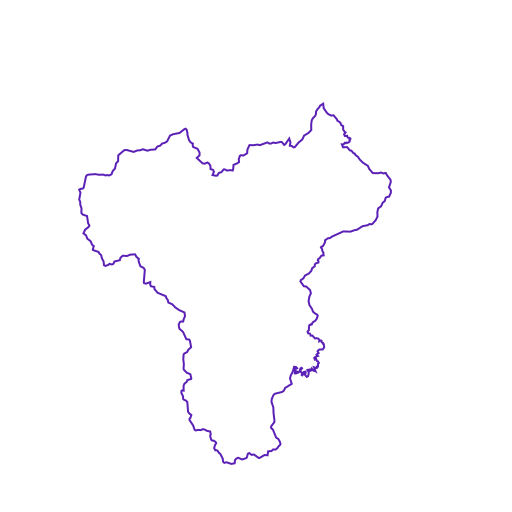 Chaloem Phra Kiat, Nan, Thailand (Mercator projection), rotated 233°
{"feature_id": "78962969B24937809655740", "entity_name": "Chaloem Phra Kiat", "entity_type": "district", "adm_level": 2, "iso_a3": "THA", "parent_name": "Thailand", "parent_adm1": "Nan", "projection": "mercator", "projection_center": [101.099, 19.489], "detail": "fine", "context": "isolated", "style": "outline", "palette": "violet", "viewbox_px": 512, "rotation_deg": 233, "n_neighbors": 0, "source": "geoboundaries", "source_scale": "gbopen_adm2", "svg_char_len": 6149}
<svg xmlns="http://www.w3.org/2000/svg" viewBox="0 0 512 512"><g transform="rotate(233 256 256)"><path d="M337.2,401.3L337.5,397.6L336.8,396.4L336.2,393.4L335.2,390.8L333.5,389.5L332.3,387.7L331.8,384.3L330.7,382.0L327.8,379.2L323.3,375.9L322.7,371.9L323.2,366.8L321.2,363.1L321.0,358.4L319.6,352.4L320.2,351.3L322.1,350.9L323.8,349.4L325.9,351.8L329.8,353.2L327.7,347.0L327.7,345.4L331.4,345.2L332.1,344.7L334.5,339.5L336.2,338.1L336.9,335.3L338.0,334.2L339.9,333.4L342.2,325.8L344.2,324.1L345.9,320.8L348.5,317.5L346.1,313.1L343.4,310.8L343.8,306.4L345.6,304.6L345.7,303.4L343.6,300.4L341.2,299.0L341.3,297.0L342.3,292.9L339.4,290.3L338.3,288.8L339.9,287.3L341.8,284.2L343.8,283.3L344.6,282.4L343.8,278.8L344.7,276.3L343.5,273.5L344.4,272.1L346.8,270.0L348.6,273.1L350.7,273.5L352.8,272.0L355.5,273.9L358.2,274.1L359.9,273.5L360.6,270.6L362.1,269.1L370.0,267.7L370.3,271.4L372.6,273.2L376.8,273.8L380.9,271.4L382.6,272.1L383.7,273.2L386.1,272.2L388.8,272.2L394.3,274.3L395.2,275.1L398.5,276.6L400.0,276.4L400.4,275.2L400.3,268.9L403.1,263.2L403.9,259.8L401.0,253.9L401.2,251.6L402.3,248.7L401.8,245.8L402.8,243.1L401.7,239.7L404.5,235.4L405.4,232.7L409.4,229.8L410.0,227.4L411.8,224.6L412.7,221.0L418.5,216.5L419.8,214.5L419.3,206.6L414.7,202.9L414.2,200.0L410.7,196.0L410.1,192.8L408.2,189.7L408.7,187.2L410.3,185.7L410.9,184.3L412.9,183.0L415.2,179.7L418.1,176.9L421.8,171.2L422.3,169.7L421.9,168.2L414.3,159.5L414.1,158.2L415.2,156.3L415.4,154.7L412.2,153.9L407.4,148.7L405.2,148.3L402.7,146.5L399.0,145.3L395.6,142.5L393.5,142.5L389.6,145.1L383.1,141.6L380.6,141.3L379.9,139.7L379.9,135.5L377.9,131.8L374.7,132.7L371.4,131.7L367.5,132.8L363.4,131.9L361.5,132.4L359.5,129.6L358.9,129.4L354.0,132.7L352.1,132.4L350.1,132.9L346.7,131.5L343.4,131.0L340.2,129.1L338.8,129.6L337.8,132.5L337.9,134.4L336.5,135.2L335.6,136.7L335.7,137.6L336.8,139.7L334.6,144.7L336.2,146.8L336.4,149.8L333.6,153.0L332.7,156.5L330.1,160.4L327.1,160.0L324.2,160.7L323.8,159.9L321.6,158.8L317.4,157.5L314.1,159.1L311.9,158.9L302.7,150.7L301.7,150.3L300.1,151.5L298.8,155.9L296.7,154.2L295.0,153.9L292.5,156.1L290.6,155.0L285.8,155.3L278.1,159.8L276.4,159.1L274.1,159.1L271.6,158.0L267.8,160.1L263.5,160.6L259.0,162.1L253.9,164.9L250.7,163.1L248.8,159.8L247.8,158.9L247.5,158.2L248.8,156.8L249.0,155.3L247.7,153.0L245.7,151.8L244.0,151.1L239.1,152.0L231.5,150.3L229.5,152.3L228.2,152.3L222.2,149.3L221.9,145.7L220.7,143.0L221.3,140.2L220.8,138.8L217.3,135.8L212.9,133.2L209.6,130.3L208.6,130.0L204.6,130.4L201.1,132.4L197.4,130.8L196.8,130.2L198.2,126.5L197.2,124.9L197.1,122.0L195.9,120.0L192.0,117.2L193.1,116.2L193.2,115.4L191.6,114.0L187.9,113.3L185.8,111.8L184.5,112.0L182.5,113.1L180.6,113.2L172.5,108.0L170.1,108.0L168.0,108.7L166.2,106.2L166.0,104.9L165.0,104.2L158.5,103.8L154.2,102.4L153.0,102.8L152.0,105.1L150.3,106.9L149.6,109.5L147.7,110.9L146.0,111.5L143.4,113.8L140.9,112.6L139.9,111.1L136.4,109.7L135.0,109.9L134.1,111.0L132.0,111.8L130.5,111.6L129.5,109.2L127.7,106.9L125.2,106.6L124.9,107.4L123.6,108.1L120.9,107.9L119.6,108.4L114.2,107.5L111.5,105.9L109.9,106.2L109.0,108.3L104.8,111.2L103.3,114.2L105.7,116.5L106.0,118.2L105.7,120.3L101.9,122.4L100.5,126.5L100.6,127.4L102.9,130.4L102.7,132.0L99.8,132.8L98.7,134.9L93.1,136.6L92.6,137.2L91.9,143.1L89.9,145.3L92.7,148.1L90.9,151.0L91.2,153.3L89.7,155.0L89.7,157.5L90.4,159.3L90.7,161.8L91.4,162.6L93.8,163.4L96.5,163.7L98.8,162.8L107.4,165.1L108.7,164.6L110.1,164.8L111.0,166.0L112.2,170.5L113.3,171.6L119.7,175.3L124.6,178.7L130.2,180.6L132.2,182.4L134.0,185.4L134.6,186.9L134.5,188.5L131.7,195.0L131.7,197.3L133.1,199.9L132.4,207.6L137.8,209.5L139.6,211.8L141.6,215.9L144.6,219.8L143.1,221.2L141.6,221.3L141.6,220.6L142.2,219.7L142.1,218.4L141.3,217.9L139.7,218.8L140.2,217.6L138.9,216.3L138.2,217.1L137.4,219.8L137.7,221.3L139.5,223.9L139.3,225.1L138.5,225.1L138.2,222.9L136.6,221.9L135.8,222.3L134.3,221.8L133.4,220.9L132.8,221.1L132.9,221.7L134.3,223.0L134.6,224.4L133.8,226.1L133.1,225.5L133.0,223.4L132.1,224.3L131.7,223.6L128.9,223.8L128.7,225.1L129.8,226.7L131.4,228.1L134.0,228.7L133.1,230.4L131.7,230.2L131.4,231.1L131.5,231.8L132.5,232.2L132.7,232.8L130.2,232.7L129.5,233.1L129.9,233.7L128.3,234.2L132.2,235.3L130.2,236.6L130.0,237.4L131.1,238.0L130.4,239.0L132.7,240.7L132.7,241.8L134.4,242.1L135.6,241.4L138.1,242.3L138.0,240.7L139.6,241.2L139.6,243.7L138.9,245.3L140.9,245.2L140.8,247.6L142.7,247.7L143.2,248.8L143.1,250.5L141.2,253.0L142.0,255.5L144.9,257.1L145.5,256.7L146.3,257.2L147.6,256.5L149.0,257.3L149.8,256.7L149.9,255.3L150.6,256.0L152.3,256.1L153.9,255.0L154.6,253.5L158.6,253.1L159.5,251.7L161.4,252.4L163.0,251.1L164.6,251.7L165.0,253.6L168.0,256.1L168.7,257.3L168.1,258.2L168.5,258.6L167.8,259.5L168.9,261.3L168.6,264.3L169.5,267.1L171.2,269.4L172.5,269.5L174.4,268.6L177.3,268.0L179.7,268.8L184.8,269.2L188.4,270.9L191.4,274.1L193.2,277.4L196.3,278.7L201.4,277.7L203.1,276.0L209.0,276.2L209.8,277.3L209.6,280.3L210.9,283.4L210.2,287.6L210.8,291.1L212.5,293.6L212.4,296.7L213.7,297.7L214.2,299.0L213.2,301.9L214.2,302.8L215.3,302.7L216.1,303.6L216.0,305.5L216.9,308.4L215.8,310.4L217.2,311.0L217.7,311.7L219.9,312.0L221.7,312.9L223.9,313.1L224.1,313.7L223.6,314.9L224.2,316.9L225.7,319.7L227.0,320.6L226.8,324.3L225.8,325.8L225.8,328.2L223.1,340.5L218.6,346.1L217.3,350.3L216.2,352.4L215.7,359.0L213.4,363.7L213.2,366.0L211.8,367.2L211.6,368.4L212.6,373.2L214.5,376.9L217.9,379.2L220.5,382.2L220.4,385.8L222.3,389.2L222.4,391.9L224.4,394.5L224.4,395.9L223.3,398.0L225.3,401.7L227.2,403.2L230.8,403.5L234.0,408.2L235.9,409.3L241.5,409.2L244.3,409.6L245.2,407.5L247.5,406.0L248.3,403.8L251.9,399.2L257.4,398.8L260.6,399.6L266.0,397.6L270.7,396.9L273.8,397.1L276.9,396.2L278.5,396.5L279.4,395.7L282.7,395.6L283.9,394.5L288.1,394.3L290.5,390.9L293.5,391.8L292.4,393.1L293.0,395.0L292.0,395.6L292.2,396.5L291.3,397.1L290.9,399.0L291.0,399.6L292.4,400.4L292.2,401.1L293.0,402.1L294.2,401.7L294.8,400.8L296.1,400.6L297.2,401.1L298.3,399.2L300.2,399.6L300.8,401.9L301.8,401.5L304.6,401.7L307.3,403.8L309.0,402.9L311.9,403.6L315.3,402.4L316.2,402.9L321.7,402.6L322.9,400.6L325.6,399.2L327.6,398.8L333.3,399.0L337.2,401.3Z" fill="none" stroke="#5b21b6" stroke-width="2"/></g></svg>